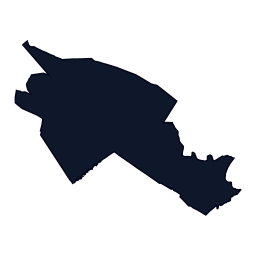 the district of Soyaló, Chiapas, Mexico
{"feature_id": "50627088B85060980451015", "entity_name": "Soyaló", "entity_type": "district", "adm_level": 2, "iso_a3": "MEX", "parent_name": "Mexico", "parent_adm1": "Chiapas", "projection": "natural_earth1", "projection_center": [-92.974, 16.925], "detail": "fine", "context": "isolated", "style": "filled", "palette": "ink", "viewbox_px": 256, "rotation_deg": 0, "n_neighbors": 0, "source": "geoboundaries", "source_scale": "gbopen_adm2", "svg_char_len": 5476}
<svg xmlns="http://www.w3.org/2000/svg" viewBox="0 0 256 256"><path d="M188.7,205.8L189.4,205.8L190.0,206.0L190.6,206.0L191.3,206.1L191.8,206.5L192.2,207.1L192.8,207.5L193.4,207.9L194.0,208.2L194.6,208.5L197.7,210.0L198.0,210.2L198.1,210.3L198.5,210.5L199.0,210.8L199.4,211.0L199.8,211.2L200.3,211.5L200.7,211.8L201.2,212.1L201.6,212.3L202.0,212.5L202.4,212.8L202.9,213.1L203.1,213.2L203.4,213.4L203.6,213.6L203.9,213.7L204.2,213.9L204.4,214.0L204.6,214.2L204.8,214.3L205.2,214.5L205.4,214.6L205.5,214.7L205.8,214.9L207.5,213.2L209.8,210.9L211.3,209.7L216.2,205.6L216.6,206.3L217.0,207.1L217.1,207.3L217.1,208.0L217.2,208.5L217.7,208.5L218.1,207.9L218.2,206.6L218.2,206.1L218.3,205.5L218.5,205.0L219.3,204.6L219.8,204.8L220.5,205.4L221.6,205.1L222.0,205.0L222.8,204.3L223.1,204.0L224.0,203.4L225.3,202.6L226.2,202.5L226.7,202.0L227.7,201.5L228.7,201.4L230.3,200.4L230.4,198.8L230.6,197.8L230.8,197.3L231.4,196.7L232.0,196.7L232.4,196.5L233.0,195.8L233.7,195.1L234.8,194.9L237.2,194.0L240.6,189.9L240.0,189.5L238.7,189.8L237.6,189.7L236.2,189.7L235.4,188.8L234.1,188.7L232.6,188.0L231.5,186.0L231.3,182.5L230.6,182.2L229.5,182.3L228.3,182.4L227.0,181.8L225.9,180.8L225.1,179.0L224.9,177.4L225.3,175.8L225.3,173.7L226.5,170.3L227.5,167.8L230.1,163.3L233.9,158.2L232.7,158.0L232.3,157.7L231.8,157.4L231.2,156.9L230.0,156.7L228.8,156.5L228.7,156.4L228.4,156.2L228.1,155.9L227.7,155.7L227.2,155.7L226.7,155.6L225.4,156.1L223.8,156.6L222.7,156.2L222.4,156.2L221.3,156.9L220.3,157.5L219.2,158.1L217.7,159.1L216.2,160.1L213.9,161.1L213.7,161.3L213.1,160.5L212.4,158.4L211.8,156.2L210.2,155.1L207.5,156.2L207.5,157.7L207.5,158.6L207.5,159.7L207.4,160.1L207.0,160.4L206.6,160.7L206.0,161.1L204.8,161.1L203.7,161.0L202.3,160.7L200.2,160.4L199.0,160.0L198.3,159.7L197.7,159.4L197.3,159.1L196.6,158.5L196.3,158.1L196.1,157.7L195.9,157.2L195.8,156.7L195.7,156.3L195.6,156.0L195.3,155.6L195.2,155.2L195.0,154.7L194.9,154.3L194.8,153.9L194.7,153.7L194.4,153.3L194.0,153.0L193.6,152.8L193.3,152.6L193.1,152.5L192.8,152.4L192.5,152.4L192.3,152.5L192.2,152.8L192.2,153.3L192.2,154.0L192.1,154.7L191.9,155.7L191.8,156.2L191.6,156.5L191.2,156.8L190.9,156.9L190.3,156.9L189.9,156.8L188.5,156.7L187.5,156.6L186.8,156.6L186.0,156.6L185.0,156.7L184.6,156.7L184.2,156.6L183.9,156.5L183.6,156.3L183.1,156.0L182.5,155.8L182.1,155.1L182.2,154.1L182.3,152.3L182.7,150.4L183.1,148.8L183.3,146.9L183.1,146.1L182.0,144.9L181.0,143.6L180.2,142.8L179.2,140.9L179.0,139.8L179.0,138.0L178.2,136.2L177.8,135.1L177.8,133.8L178.0,132.4L177.7,131.1L177.1,130.6L176.1,129.5L174.9,128.0L174.0,126.2L173.5,125.1L172.6,123.8L172.3,122.7L163.2,122.5L176.6,101.3L176.7,101.1L174.5,99.4L171.1,96.6L166.9,93.3L163.2,90.4L161.7,89.2L159.3,87.3L157.0,85.5L153.6,84.7L151.5,84.2L146.9,81.5L140.7,77.8L135.6,74.8L125.8,71.1L121.4,69.4L116.9,67.6L115.9,67.3L112.7,66.3L107.1,64.6L102.8,63.4L99.0,62.2L94.4,61.2L91.4,58.6L80.4,59.0L76.5,59.1L72.5,59.1L69.6,59.3L64.0,59.6L62.2,59.8L60.8,59.0L55.1,57.0L54.0,56.0L50.3,54.7L45.9,52.5L42.3,51.1L35.2,47.6L34.7,47.2L34.2,46.9L33.3,46.8L32.6,46.9L31.7,46.9L30.9,46.8L30.1,46.4L29.5,46.0L28.5,44.9L27.2,41.1L24.8,43.1L23.2,44.5L22.9,44.9L49.1,75.2L43.3,73.3L31.6,75.0L31.3,75.5L30.9,76.4L30.5,77.3L30.0,78.0L29.3,78.7L29.0,79.4L28.4,80.8L28.0,81.8L27.4,82.6L26.9,83.6L26.6,84.9L27.0,85.8L26.9,86.2L27.1,87.3L27.5,88.4L28.1,90.2L28.9,91.2L30.1,92.7L30.3,93.8L30.0,93.9L29.1,93.8L28.6,93.7L28.1,93.4L27.1,92.9L25.8,92.3L24.8,92.0L24.1,92.0L23.6,92.3L23.3,92.2L22.0,92.1L21.5,92.3L21.1,92.1L20.6,91.5L19.9,91.2L19.6,91.3L19.2,91.3L18.8,91.1L18.4,91.0L18.2,91.0L17.0,90.7L16.5,90.5L16.4,91.2L16.0,93.4L15.4,96.9L15.4,99.2L15.4,102.7L16.2,103.5L19.6,106.3L22.4,108.5L37.8,115.3L42.9,118.6L42.1,124.5L40.5,131.0L41.6,131.5L40.7,134.9L70.0,179.9L70.3,180.1L70.7,180.6L71.2,181.0L71.5,181.5L71.9,181.9L72.0,182.4L72.3,182.5L72.7,183.3L73.6,182.7L74.3,182.4L74.6,182.5L75.1,181.5L75.3,181.1L75.7,181.0L76.0,180.1L76.4,180.2L76.6,179.8L76.8,180.0L77.0,180.1L77.3,179.7L77.4,180.3L77.7,180.2L77.9,180.1L77.8,179.7L78.1,179.6L78.5,179.2L78.6,179.4L79.3,178.5L79.7,177.5L81.0,178.5L80.7,178.7L81.1,178.7L81.3,178.2L81.0,178.4L80.8,177.8L80.9,177.4L80.9,176.6L80.7,176.1L81.0,176.4L81.2,175.9L82.9,176.2L82.5,175.4L82.4,174.7L82.4,174.8L82.9,174.5L83.5,173.8L84.4,174.8L84.8,174.5L85.1,174.4L85.3,173.8L85.4,173.6L85.2,173.2L85.4,172.9L85.6,172.8L86.1,172.3L86.7,171.2L87.3,172.1L87.7,171.9L87.7,171.3L87.6,170.8L87.9,170.4L88.8,170.4L89.0,169.7L89.1,169.9L89.6,169.6L90.3,169.1L90.5,169.1L90.8,169.3L91.2,168.9L91.4,168.7L91.4,169.0L91.8,169.1L92.2,169.1L92.4,166.9L92.9,167.1L93.3,166.5L94.9,165.0L95.9,165.3L96.3,165.5L96.9,164.5L97.3,164.3L97.4,164.2L97.6,163.3L97.8,162.9L98.0,162.6L98.3,162.4L99.7,161.4L99.9,162.0L100.9,161.1L101.2,160.5L102.7,159.2L103.7,158.6L104.4,158.2L104.7,158.0L105.2,157.6L105.6,157.4L106.5,156.7L108.0,155.7L109.6,154.5L111.1,153.6L111.8,153.1L112.3,152.8L113.3,152.2L114.3,151.5L116.3,153.1L116.5,153.2L117.0,153.5L117.3,153.8L118.1,154.5L118.9,155.1L119.1,155.3L119.8,155.7L120.0,155.8L120.9,156.5L121.2,156.7L124.3,158.8L126.8,160.6L127.7,161.2L129.0,162.0L129.6,162.4L131.6,163.8L133.1,165.0L133.5,165.2L134.8,166.2L135.8,166.9L135.9,167.0L136.3,167.3L136.5,167.4L137.7,168.2L139.3,169.3L139.6,169.5L139.8,169.6L140.7,170.2L141.0,170.4L144.1,172.5L146.7,174.2L146.8,174.3L159.6,183.3L160.9,183.0L169.3,188.0L171.2,189.1L172.0,188.2L174.3,190.7L175.4,191.0L180.8,194.5L180.1,196.8L184.0,200.8L188.7,205.8Z" fill="#0f172a" stroke="#020617" stroke-width="1.5"/></svg>